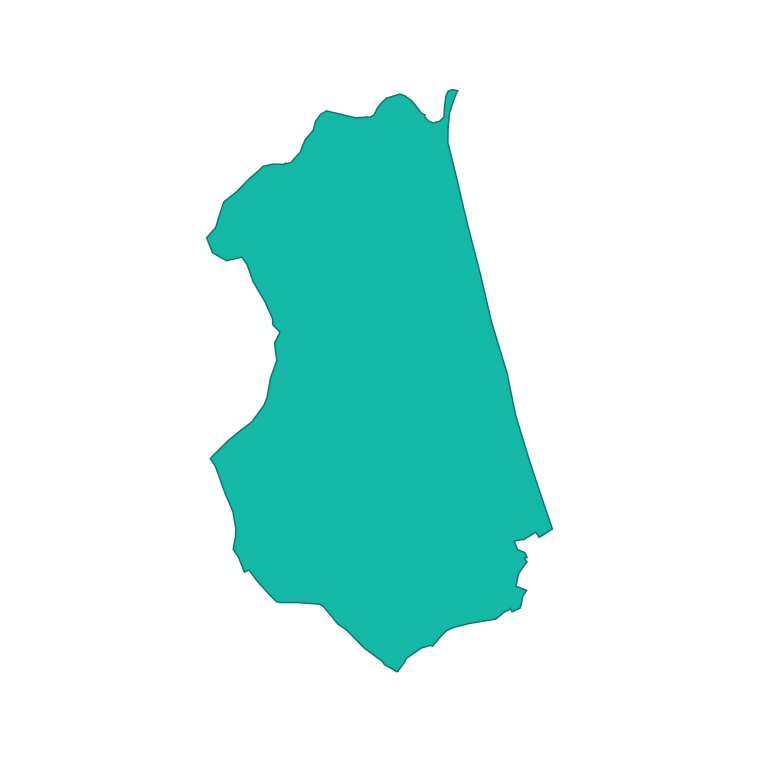 Mambah Kaba, Margibi, Liberia (orthographic projection), rotated 238°
{"feature_id": "62588387B59975354142856", "entity_name": "Mambah Kaba", "entity_type": "district", "adm_level": 2, "iso_a3": "LBR", "parent_name": "Liberia", "parent_adm1": "Margibi", "projection": "orthographic", "projection_center": [-10.524, 6.256], "detail": "fine", "context": "isolated", "style": "filled", "palette": "teal", "viewbox_px": 768, "rotation_deg": 238, "n_neighbors": 0, "source": "geoboundaries", "source_scale": "gbopen_adm2", "svg_char_len": 3423}
<svg xmlns="http://www.w3.org/2000/svg" viewBox="0 0 768 768"><g transform="rotate(238 384 384)"><path d="M196.9,221.1L195.1,221.9L171.8,227.0L170.8,227.2L150.1,235.4L149.3,235.7L145.6,235.7L143.6,236.8L137.4,240.3L133.3,242.2L133.6,243.0L132.9,243.6L133.6,244.9L137.6,254.9L138.5,255.4L139.3,257.4L139.5,259.7L140.2,273.1L140.3,274.4L140.2,276.1L140.2,276.3L137.7,284.8L136.3,286.0L135.8,286.4L136.6,287.4L137.6,291.6L138.1,293.1L140.0,298.7L141.0,303.4L141.0,303.6L141.5,306.2L141.4,308.8L141.0,312.5L138.2,321.7L137.5,323.6L137.5,323.9L135.8,329.1L135.6,329.7L135.5,330.0L133.4,334.9L133.2,335.4L132.2,337.9L126.3,352.1L126.1,352.6L125.5,353.9L125.8,356.5L125.7,356.4L126.0,358.9L126.0,359.3L126.2,361.5L126.6,361.9L126.8,362.6L126.6,362.7L126.7,363.3L126.7,364.1L126.7,364.7L126.7,366.7L126.6,367.4L126.4,369.5L126.5,371.0L126.5,372.0L126.3,371.9L126.4,372.0L123.1,371.9L122.8,372.6L122.8,373.7L122.5,374.1L122.4,374.3L122.5,374.4L122.8,375.1L122.8,375.5L122.7,375.9L122.6,376.0L122.3,376.5L122.1,378.3L121.8,380.5L122.0,381.0L125.0,384.2L126.8,385.7L130.5,389.3L131.9,392.4L133.0,394.7L133.4,395.5L142.6,388.8L144.5,390.4L144.4,390.7L147.1,392.9L151.6,397.2L154.4,403.4L157.3,410.7L157.5,411.1L159.8,410.9L161.6,410.8L161.5,412.0L161.1,413.2L161.0,413.4L163.4,413.7L166.4,414.1L166.5,414.1L172.6,409.5L174.7,409.9L178.1,410.4L181.7,411.1L180.6,414.4L178.6,419.3L178.3,419.5L178.5,419.6L177.9,421.2L177.9,432.6L178.1,434.2L171.7,434.3L171.8,447.8L171.8,450.0L206.0,458.0L210.9,459.1L243.5,467.2L282.5,477.7L288.8,479.4L327.9,494.1L362.5,503.4L380.4,508.3L383.7,509.4L422.7,522.8L423.1,523.0L476.0,539.7L513.2,552.3L522.3,555.5L554.9,566.1L567.6,574.3L579.3,583.4L588.0,593.7L593.1,600.8L593.5,602.0L594.4,601.3L595.3,600.2L597.6,597.5L598.3,593.6L595.9,589.7L592.9,587.1L587.7,582.7L578.6,576.3L577.3,570.2L579.5,563.9L581.0,562.8L583.3,561.1L589.0,560.1L590.4,561.4L593.5,559.3L608.9,557.8L611.3,556.8L617.2,554.5L621.5,551.1L623.6,543.0L624.6,539.3L625.0,537.8L624.3,533.4L624.1,532.1L621.7,524.9L617.5,518.1L617.5,517.3L617.6,513.4L620.4,509.7L620.3,509.1L624.9,500.9L629.1,496.7L646.1,479.9L646.1,479.5L646.2,475.3L646.2,472.7L644.9,469.7L643.1,465.3L636.6,458.2L632.9,446.4L630.8,443.6L628.4,440.3L624.9,435.6L622.8,427.7L621.1,422.8L621.6,420.8L622.2,418.5L623.2,418.1L623.6,414.9L629.2,406.7L629.9,404.8L632.7,396.5L632.6,396.0L632.4,395.4L632.0,393.8L631.2,390.3L629.6,379.1L627.4,369.9L626.2,365.2L625.0,360.2L624.6,356.3L623.9,349.7L623.7,347.9L623.6,346.9L623.4,344.8L622.2,343.4L622.0,343.0L619.9,340.6L616.8,336.7L606.0,324.3L603.7,316.7L602.0,311.1L586.2,308.1L572.0,315.8L568.2,326.9L566.9,330.7L565.8,330.7L557.8,331.2L540.0,327.2L518.3,326.7L517.6,326.7L512.0,326.0L498.8,324.2L493.2,321.1L483.0,323.2L481.0,320.2L480.5,319.3L476.9,313.0L475.1,312.1L460.6,305.4L452.1,294.6L449.4,291.1L434.6,277.8L429.5,270.7L427.3,265.2L425.1,260.0L423.9,256.8L421.8,251.8L421.3,245.6L420.8,239.0L418.6,221.9L417.4,216.7L414.0,201.6L412.8,197.4L412.7,197.1L404.1,197.5L378.2,191.9L375.4,191.3L375.1,191.2L371.5,190.7L356.0,188.3L352.3,186.8L340.3,181.9L333.3,177.3L329.7,173.9L326.0,170.5L323.8,168.6L317.2,168.7L315.1,168.7L313.8,168.7L298.4,166.0L297.8,171.0L288.4,171.6L285.3,171.9L282.6,172.3L268.4,174.8L265.5,175.3L256.3,177.5L255.8,178.0L254.2,179.7L253.4,180.6L246.5,191.6L244.9,194.2L232.0,211.9L231.4,212.7L227.3,214.8L204.9,217.7L196.9,221.1Z" fill="#14b8a6" stroke="#0f766e" stroke-width="1.5"/></g></svg>